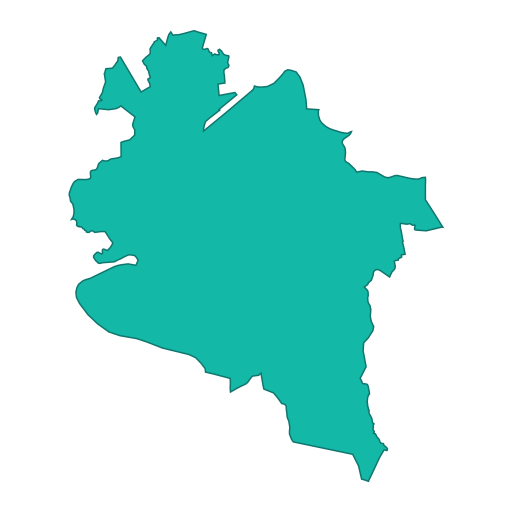 Hue, Thừa Thiên - Huế, Vietnam
{"feature_id": "81297802B88130440660417", "entity_name": "Hue", "entity_type": "district", "adm_level": 2, "iso_a3": "VNM", "parent_name": "Vietnam", "parent_adm1": "Thừa Thiên - Huế", "projection": "natural_earth1", "projection_center": [107.578, 16.453], "detail": "fine", "context": "isolated", "style": "filled", "palette": "teal", "viewbox_px": 512, "rotation_deg": 0, "n_neighbors": 0, "source": "geoboundaries", "source_scale": "gbopen_adm2", "svg_char_len": 5925}
<svg xmlns="http://www.w3.org/2000/svg" viewBox="0 0 512 512"><path d="M254.4,86.0L253.9,88.1L253.3,89.3L251.1,91.4L225.9,112.7L203.5,131.1L203.6,128.8L204.4,124.9L205.6,121.5L209.4,118.2L219.8,110.1L218.9,109.5L236.8,94.8L234.9,92.5L219.1,95.5L218.0,84.1L224.9,83.0L224.4,75.5L223.8,72.1L224.0,70.8L223.8,70.2L225.9,68.2L228.0,67.5L228.9,65.8L228.9,65.2L228.0,63.8L227.7,62.5L228.3,59.1L228.9,57.2L228.9,56.4L228.5,55.7L226.1,55.4L224.5,54.8L223.4,54.0L221.3,50.7L220.2,50.0L219.7,49.3L218.1,50.1L218.0,50.9L219.1,53.4L219.2,54.3L218.6,54.9L215.7,54.5L214.9,53.9L212.1,55.6L212.0,54.4L211.5,52.8L210.8,52.5L209.7,52.4L209.0,51.3L208.1,49.1L207.6,48.6L206.3,48.6L205.7,49.1L204.3,49.4L202.5,48.9L202.4,47.7L206.3,34.4L198.3,32.1L194.0,30.7L183.6,33.6L178.2,34.8L175.8,34.8L172.9,35.2L170.8,31.9L168.9,34.4L167.7,37.9L165.7,45.4L159.0,37.7L158.5,37.9L157.6,37.8L157.3,38.2L157.6,39.6L156.9,40.4L155.4,41.3L154.4,41.7L153.9,42.9L150.8,47.5L150.0,49.0L150.2,50.2L150.2,53.5L148.4,55.4L146.3,56.9L142.6,60.7L142.9,61.7L144.4,64.4L145.7,65.5L146.5,66.4L146.9,68.5L148.6,71.2L149.5,75.3L150.4,77.2L150.1,77.7L147.9,79.1L147.9,80.0L149.5,83.1L150.3,86.6L141.1,92.0L120.4,57.0L118.2,57.5L118.1,59.2L117.6,61.4L116.0,63.3L115.2,64.8L112.4,68.2L105.9,68.7L105.0,71.7L104.9,72.8L104.3,73.5L105.6,81.7L105.2,83.1L103.5,87.7L102.4,92.5L99.4,97.8L99.9,98.9L101.8,99.6L101.9,100.2L101.0,100.8L98.5,100.9L97.6,103.1L94.7,107.8L94.7,109.3L95.6,112.5L96.5,114.4L97.6,113.1L98.2,110.1L98.6,108.7L108.5,109.7L110.1,109.5L116.2,108.6L119.4,107.0L120.8,105.9L135.0,116.9L132.8,123.8L132.7,125.9L134.8,130.0L134.7,135.1L129.6,139.9L124.0,141.3L121.0,142.4L121.1,156.7L117.7,157.9L110.8,159.0L108.2,160.6L106.6,161.0L104.0,160.9L102.5,160.3L99.2,163.1L98.3,164.6L97.7,166.7L96.9,168.7L96.1,169.5L94.6,170.0L92.5,170.3L91.1,170.8L90.5,171.7L90.3,173.0L90.8,177.2L90.3,178.3L89.2,178.9L87.8,179.3L85.3,179.6L78.1,179.4L74.6,181.5L73.0,183.7L71.4,187.0L69.4,192.8L69.2,195.4L70.0,197.3L70.6,201.3L72.8,203.9L74.0,209.4L74.0,213.1L73.2,216.8L71.5,219.4L73.0,219.0L73.7,219.1L75.5,219.8L76.4,220.9L76.8,222.3L76.6,225.0L77.3,226.1L78.3,226.6L79.0,226.3L80.0,227.0L80.9,226.7L82.0,227.3L83.0,228.7L83.9,228.9L84.6,229.8L84.7,230.2L86.3,231.0L86.4,232.0L87.6,232.4L89.0,232.4L91.0,230.9L91.9,230.7L92.9,231.1L93.4,231.6L94.3,231.9L94.8,232.4L100.7,231.6L105.0,231.5L109.9,239.1L112.8,242.7L112.0,244.8L110.2,247.6L108.2,249.7L107.3,250.3L106.2,250.2L104.8,249.4L103.3,249.1L102.5,249.7L102.3,251.2L102.6,253.1L101.8,253.9L99.8,253.2L98.3,252.3L97.1,252.3L95.9,253.3L93.9,255.4L93.5,256.9L93.9,257.8L95.5,260.4L98.3,263.1L99.7,263.4L102.9,262.7L114.4,261.8L118.0,259.9L120.2,259.0L125.9,256.0L128.4,255.0L129.4,254.8L133.1,255.2L134.5,255.6L135.2,256.1L136.5,257.5L138.1,260.3L135.9,265.3L128.1,263.9L121.7,264.7L117.8,265.5L114.0,266.8L90.1,278.4L86.2,279.5L83.1,280.7L78.7,284.2L76.9,287.7L75.9,292.1L76.5,297.5L79.5,303.4L87.9,314.6L97.8,324.0L109.0,332.0L120.1,335.7L136.3,338.5L146.4,341.8L162.6,348.1L188.9,354.5L195.7,357.7L201.2,363.4L205.2,368.7L205.5,372.1L213.6,374.0L230.2,378.4L230.4,382.9L230.2,388.6L230.5,392.0L238.2,387.6L246.2,383.7L247.8,382.2L250.4,378.5L252.4,376.1L258.6,375.3L261.0,373.2L263.1,385.7L263.9,389.1L273.4,392.8L276.8,396.7L281.8,403.6L282.8,403.7L284.6,404.3L285.2,404.8L285.9,405.7L286.2,406.5L286.4,410.3L286.8,412.4L287.1,416.5L287.6,418.4L288.8,421.0L289.8,427.1L289.5,431.1L289.5,434.0L291.5,439.3L293.3,441.9L352.7,454.3L358.6,466.0L361.6,479.1L364.5,479.9L368.4,481.3L379.9,456.9L384.1,449.8L386.3,450.5L387.1,450.4L387.5,449.1L386.8,447.8L385.3,446.3L384.7,446.2L383.7,445.0L383.7,444.1L383.4,443.6L381.5,443.3L380.7,442.9L379.7,441.4L379.5,440.2L379.0,439.3L378.2,438.2L377.0,437.1L375.6,434.1L375.2,433.7L374.2,433.7L373.6,433.4L373.6,432.5L374.2,432.1L374.2,431.3L373.2,430.0L373.0,428.9L373.4,427.4L373.2,425.7L373.3,425.1L373.9,424.1L373.9,423.6L372.5,422.7L371.8,418.4L370.3,415.4L369.0,413.2L368.8,412.6L369.1,411.6L369.1,410.7L368.7,410.0L368.3,409.8L368.7,409.3L368.1,407.5L368.0,406.7L367.4,406.0L367.6,405.5L367.6,403.8L367.2,403.2L367.3,402.0L367.2,401.4L367.6,397.7L368.4,395.2L369.5,394.0L369.3,392.0L369.1,391.3L368.2,386.4L367.4,384.5L366.1,384.0L363.1,383.6L362.6,383.4L362.3,383.0L361.3,380.2L360.1,378.5L366.1,366.7L363.1,350.8L363.7,342.7L368.1,338.1L372.8,330.8L373.7,326.6L371.3,321.5L370.3,316.5L370.8,309.3L370.2,307.0L370.2,306.0L368.7,303.6L367.9,301.5L367.7,297.4L368.2,295.8L368.1,292.2L367.5,290.4L364.3,287.0L367.7,284.5L368.4,282.8L371.4,280.2L373.2,274.8L373.3,273.3L373.8,271.4L375.2,270.1L376.6,269.6L377.9,269.6L380.2,270.5L389.6,277.0L391.8,272.2L394.8,268.8L395.3,266.5L394.3,261.3L395.4,260.5L398.2,260.2L398.7,258.5L401.4,257.3L401.7,257.0L401.3,255.2L401.6,254.8L405.1,254.3L403.9,248.0L402.5,242.1L402.6,241.5L403.1,241.3L402.5,238.7L401.1,230.4L400.4,228.1L400.3,225.1L400.4,223.3L406.9,224.2L409.6,223.7L410.4,223.9L412.4,225.2L414.7,225.1L415.0,225.3L415.1,225.6L414.5,228.4L414.6,229.4L414.7,229.6L415.0,229.8L416.7,230.1L419.1,230.3L426.3,230.8L441.8,227.1L442.8,227.2L435.6,215.6L425.4,199.7L425.4,185.1L425.6,179.6L425.4,179.0L425.4,177.3L423.0,177.5L421.3,177.8L419.9,178.7L418.8,179.0L416.1,179.1L412.7,178.8L409.2,178.2L397.4,175.5L395.0,175.6L390.5,177.2L388.5,177.7L386.8,177.5L384.7,177.0L376.9,172.5L372.9,171.9L367.8,171.8L362.2,171.0L356.6,172.1L355.2,169.7L348.8,163.4L346.6,162.2L345.5,161.3L344.9,160.2L344.8,158.8L345.2,156.0L345.5,152.9L345.2,149.0L344.7,147.3L342.4,143.6L342.2,142.2L342.6,140.5L343.8,139.0L349.4,135.0L350.6,133.5L351.4,131.6L349.4,132.3L348.1,133.2L347.0,133.3L344.6,133.0L341.2,132.4L334.0,130.2L329.7,128.7L325.9,126.5L321.7,122.9L320.7,121.5L319.7,119.7L318.5,115.6L318.4,113.3L318.4,110.9L318.8,109.7L306.7,108.9L305.9,99.3L303.1,85.0L300.0,77.2L296.1,71.9L290.6,70.2L287.7,69.8L284.7,71.3L283.2,73.5L279.7,77.5L274.0,83.3L267.4,86.5L261.3,87.1L257.5,86.9L254.4,86.0Z" fill="#14b8a6" stroke="#0f766e" stroke-width="1.5"/></svg>